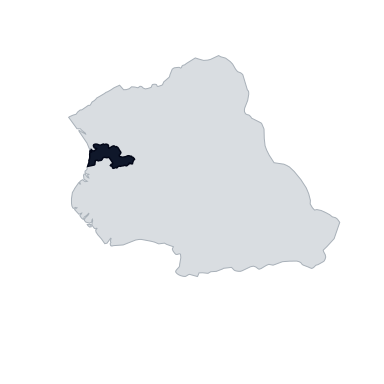 Ondo on a map of Nigeria (orthographic projection), rotated 56°
{"feature_id": "NGA-2853", "entity_name": "Ondo", "entity_type": "State", "adm_level": 1, "iso_a3": "NGA", "parent_name": "Nigeria", "parent_adm1": "", "projection": "orthographic", "projection_center": [5.19, 6.813], "detail": "fine", "context": "in_parent", "style": "filled", "palette": "ink", "viewbox_px": 384, "rotation_deg": 56, "n_neighbors": 0, "source": "natural_earth", "source_scale": "10m", "svg_char_len": 5802}
<svg xmlns="http://www.w3.org/2000/svg" viewBox="0 0 384 384"><g transform="rotate(56 192 192)"><path d="M299.8,86.5L310.2,100.3L312.7,110.7L313.6,115.8L315.3,116.3L318.4,116.6L320.7,117.5L322.1,119.2L323.0,120.8L323.2,121.7L322.7,128.0L322.0,130.3L322.6,133.4L322.5,134.7L322.2,135.6L320.8,136.6L319.0,137.7L314.6,140.8L313.3,141.2L311.4,141.3L309.8,142.1L307.9,143.7L303.9,149.8L300.4,155.9L298.0,165.7L294.9,168.8L294.4,171.5L294.1,177.5L293.6,179.4L293.1,179.9L289.7,181.1L287.8,182.6L286.7,185.3L285.3,194.7L284.8,196.3L283.7,197.9L282.0,199.7L280.5,200.7L276.6,201.4L272.9,208.5L272.9,209.7L271.4,216.2L268.6,221.0L268.4,224.2L264.8,228.5L263.0,231.4L265.0,234.4L265.1,234.8L259.0,240.0L258.6,240.8L258.4,244.4L257.9,245.3L256.8,246.6L255.1,248.1L253.4,249.2L251.5,250.0L249.6,250.3L248.6,249.9L248.0,248.8L246.9,244.5L246.3,243.6L245.1,242.7L240.2,238.0L237.3,236.4L236.7,236.5L236.2,237.0L235.4,239.4L234.6,240.3L233.1,240.6L230.4,240.7L228.4,240.3L228.0,239.9L227.0,238.0L221.1,242.4L219.0,243.4L216.4,248.6L212.6,251.1L210.0,253.4L203.1,260.4L201.7,262.5L200.3,265.6L197.4,278.7L192.6,287.0L192.0,288.7L191.7,288.6L191.1,289.4L189.2,288.9L188.4,287.4L187.2,287.2L185.2,285.0L184.8,285.3L186.9,291.0L186.1,293.2L180.2,293.3L175.1,294.0L171.6,294.0L169.8,293.2L169.0,291.1L168.7,291.3L168.6,292.4L167.5,293.3L163.5,293.5L161.8,292.1L160.4,290.5L158.9,289.8L159.1,290.4L160.8,292.0L160.6,294.3L157.5,296.9L155.5,297.1L154.2,296.0L153.6,294.1L153.2,291.4L152.4,289.6L151.9,289.6L152.5,292.6L152.5,295.3L154.0,297.5L151.7,298.2L148.9,298.2L148.6,297.4L148.2,295.7L147.8,295.2L147.2,298.2L141.5,299.1L140.7,299.0L140.5,298.4L140.9,297.6L140.8,296.2L139.6,297.2L139.4,299.3L138.6,299.7L136.5,299.4L134.1,298.3L130.2,295.7L125.5,291.4L124.7,289.5L123.4,287.1L120.9,280.6L121.4,280.3L122.5,280.6L123.0,280.0L121.0,279.6L120.6,279.1L120.5,277.6L120.6,275.9L123.6,274.9L124.2,273.9L124.6,272.8L121.0,274.4L117.5,272.6L116.8,271.5L117.2,270.6L121.2,270.5L122.6,269.7L121.7,269.4L120.2,269.4L119.6,268.9L119.7,267.6L119.2,267.9L118.5,269.0L116.2,269.9L114.9,269.0L114.7,267.1L114.4,266.2L113.3,265.5L109.2,260.4L104.2,256.1L99.6,253.1L92.8,251.7L78.5,251.7L77.7,251.3L78.6,250.6L79.9,250.2L84.5,247.8L83.7,247.5L78.9,249.0L77.3,249.1L75.2,252.0L61.1,252.5L61.1,251.2L61.8,247.4L62.7,244.8L61.7,241.7L61.5,238.8L62.1,237.9L62.3,236.8L62.2,229.5L63.0,228.4L63.0,227.6L61.5,224.5L61.6,222.1L61.3,219.8L60.8,218.7L61.4,209.7L61.3,207.5L61.7,205.9L62.0,202.1L62.0,198.3L63.0,192.3L69.0,191.5L70.4,189.2L71.3,186.2L71.0,183.3L73.0,180.7L75.4,178.5L75.3,176.0L75.9,175.2L77.0,174.6L78.6,174.3L80.4,173.1L81.4,170.9L82.4,167.4L80.9,165.0L80.9,164.4L81.5,163.1L82.5,161.8L83.2,161.4L84.9,161.7L85.5,161.2L86.6,157.4L86.5,156.3L84.9,153.8L84.1,146.8L83.6,145.9L82.4,144.6L79.1,139.7L79.1,137.4L80.6,134.4L81.5,132.9L82.8,132.2L83.0,131.5L82.6,130.6L82.0,130.0L81.9,128.7L82.5,126.8L82.3,124.8L82.7,114.3L85.4,112.2L89.4,108.8L91.4,105.3L92.4,102.6L93.8,93.6L95.9,92.6L99.8,89.3L105.1,87.4L108.6,86.8L114.6,87.2L117.7,86.9L120.3,85.1L121.5,84.6L123.2,84.3L138.3,89.0L139.7,88.8L140.8,89.1L142.7,90.3L147.2,94.6L151.9,101.4L153.4,102.8L154.9,103.6L156.4,103.8L157.5,103.7L158.6,103.1L160.0,101.8L162.2,101.2L164.1,101.3L173.4,96.1L174.4,96.0L180.1,97.1L188.1,102.2L194.6,105.6L199.1,106.7L204.5,107.4L213.6,107.6L220.3,100.3L222.8,98.7L225.8,97.2L232.1,95.8L242.6,94.8L252.5,95.0L258.6,96.2L265.1,98.5L268.0,100.7L272.4,101.0L275.5,100.5L276.4,98.3L279.5,95.3L284.1,92.5L287.9,90.5L291.0,89.6L293.7,87.3L295.9,86.6L299.8,86.5ZM163.9,296.4L161.7,297.1L160.3,297.0L162.3,294.0L163.2,294.6L164.5,294.9L163.9,296.4Z" fill="#d9dde1" stroke="#a8b0b8" stroke-width="1"/><path d="M112.4,264.2L109.8,260.8L109.3,260.4L108.5,260.0L108.0,259.6L107.5,258.7L106.7,257.9L106.0,257.3L104.3,256.2L103.6,255.8L102.2,254.5L101.4,253.9L101.0,253.8L101.0,253.7L102.4,253.8L102.7,253.4L102.7,252.8L101.5,252.3L100.8,252.3L100.4,251.8L100.8,251.7L101.5,251.6L102.6,250.8L103.0,250.6L103.2,250.4L103.3,250.1L103.1,249.0L103.1,247.4L102.7,246.8L102.1,247.1L101.8,247.6L100.8,248.2L99.6,248.2L99.3,248.1L98.6,247.9L98.3,247.7L97.9,247.1L97.9,246.4L98.5,244.9L99.6,243.7L101.6,242.3L102.0,241.7L102.6,238.7L103.4,238.3L103.8,237.8L103.9,237.2L104.5,236.2L105.5,235.4L106.4,235.2L107.2,235.5L108.3,236.3L108.6,236.4L109.2,236.5L109.4,236.3L109.5,235.8L109.4,235.3L109.5,234.7L109.5,233.0L109.7,231.9L110.1,230.9L111.1,230.4L112.1,230.1L112.2,229.2L113.7,228.6L114.6,228.6L117.0,228.8L118.6,228.7L119.7,229.0L120.3,230.1L120.7,231.7L122.0,232.2L124.3,230.2L125.6,227.3L126.0,225.2L126.3,224.5L127.2,223.5L127.8,223.2L128.1,222.8L128.3,222.4L128.9,222.1L129.5,222.3L130.0,222.1L130.4,221.5L132.2,221.2L132.9,221.5L132.8,222.3L133.9,224.1L135.3,225.6L134.9,226.3L134.4,226.9L134.1,227.0L133.5,227.2L133.2,227.4L133.0,228.2L133.6,228.6L133.8,229.0L133.5,229.5L133.6,230.2L133.7,230.5L133.8,231.0L133.6,231.8L133.3,232.1L132.9,232.3L132.4,232.8L131.9,233.3L131.9,233.6L132.0,233.9L130.9,236.2L130.8,236.8L130.5,237.2L129.9,237.8L129.6,238.6L129.6,239.4L129.9,240.1L130.0,240.3L129.9,240.5L129.7,240.7L129.7,241.1L129.2,241.2L129.0,241.8L128.7,243.2L128.6,243.5L128.3,244.1L128.0,244.2L127.7,244.4L127.0,244.2L126.7,243.9L126.0,243.9L124.9,244.8L124.4,244.9L123.8,243.4L124.1,242.7L124.4,242.2L123.4,241.4L117.2,241.4L116.8,241.5L116.5,241.8L116.5,242.4L116.2,242.9L115.9,243.5L115.1,244.3L114.4,245.1L114.1,245.6L114.0,246.3L114.0,246.6L114.0,247.3L114.1,247.5L114.3,247.6L114.7,248.2L115.0,249.4L114.5,250.6L114.1,251.2L114.0,251.8L113.7,252.4L113.1,252.7L112.6,252.8L112.3,253.3L112.2,254.0L112.1,254.3L111.9,254.4L111.9,254.6L112.0,254.8L112.5,255.1L113.0,255.5L113.5,256.1L113.5,256.4L113.7,256.5L114.0,256.5L114.3,256.6L114.5,256.8L114.9,257.4L114.9,258.1L112.4,264.2L112.4,264.2Z" fill="#0f172a" stroke="#020617" stroke-width="1.5"/></g></svg>